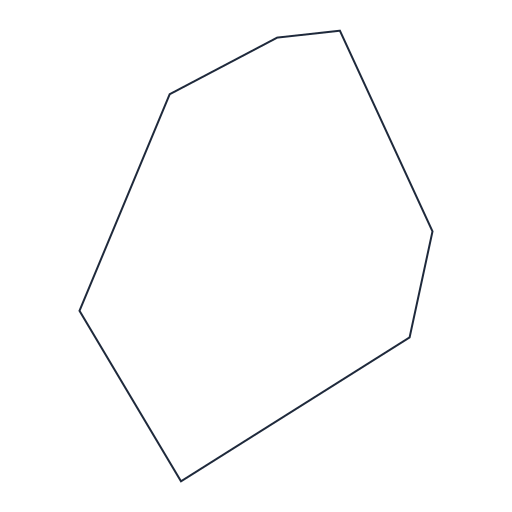 map outline of Niue (Robinson projection)
{"feature_id": "NIU", "entity_name": "Niue", "entity_type": "country or territory", "adm_level": 0, "iso_a3": "NIU", "parent_name": "Oceania", "parent_adm1": "", "projection": "robinson", "projection_center": [-169.857, -19.052], "detail": "fine", "context": "isolated", "style": "outline", "palette": "slate", "viewbox_px": 512, "rotation_deg": 0, "n_neighbors": 0, "source": "natural_earth", "source_scale": "50m", "svg_char_len": 219}
<svg xmlns="http://www.w3.org/2000/svg" viewBox="0 0 512 512"><path d="M409.6,337.4L181.0,481.3L79.5,310.8L169.7,94.2L277.2,37.6L339.9,30.7L432.5,231.4L409.6,337.4Z" fill="none" stroke="#1e293b" stroke-width="2"/></svg>